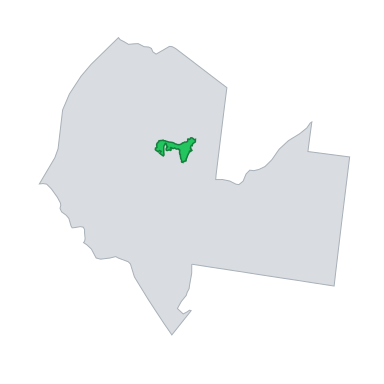 Uspantán, Quiché, Guatemala shown in context, rotated 97°
{"feature_id": "79465075B86057243605305", "entity_name": "Uspantán", "entity_type": "district", "adm_level": 2, "iso_a3": "GTM", "parent_name": "Guatemala", "parent_adm1": "Quiché", "projection": "orthographic", "projection_center": [-90.797, 15.482], "detail": "fine", "context": "in_parent", "style": "filled", "palette": "green", "viewbox_px": 384, "rotation_deg": 97, "n_neighbors": 0, "source": "geoboundaries", "source_scale": "gbopen_adm2", "svg_char_len": 6242}
<svg xmlns="http://www.w3.org/2000/svg" viewBox="0 0 384 384"><g transform="rotate(97 192 192)"><path d="M47.7,283.8L49.6,281.9L51.2,277.5L53.2,273.0L52.0,267.7L51.3,263.5L53.6,257.3L53.4,252.6L54.4,249.8L57.7,247.9L59.5,244.4L50.2,232.1L50.2,229.3L51.5,225.9L59.1,212.9L68.2,197.4L78.2,180.4L84.2,170.1L105.9,170.2L120.3,170.2L138.6,170.2L158.4,170.2L171.4,170.2L176.8,170.0L175.9,163.3L176.5,155.9L178.9,149.2L178.9,146.3L175.0,142.6L167.5,140.5L163.3,137.3L163.3,133.3L161.5,128.4L157.8,122.6L150.3,116.7L138.9,110.7L129.2,102.5L121.2,92.4L114.4,85.8L109.2,83.1L107.9,81.6L123.2,81.8L137.7,81.9L137.8,67.4L137.9,54.4L138.0,39.8L164.1,39.8L195.3,39.8L227.6,39.7L253.1,39.6L268.0,39.5L267.5,57.6L266.8,78.6L266.4,94.0L265.8,114.6L265.1,135.7L264.3,164.4L263.7,183.0L264.1,183.4L272.6,182.4L285.3,183.1L288.4,183.1L292.3,184.6L295.3,185.1L301.8,189.2L309.4,192.3L314.1,185.9L311.5,182.1L309.6,180.1L309.9,178.4L336.3,194.6L333.3,197.2L326.6,203.2L314.6,213.4L303.8,222.5L293.4,230.8L284.1,238.2L282.9,239.0L271.0,244.3L269.0,246.8L266.5,257.2L265.4,259.8L267.6,265.6L269.8,274.5L269.2,279.1L260.9,284.9L257.1,290.1L255.5,293.5L254.0,292.6L251.4,292.4L245.4,293.7L242.6,294.0L240.2,295.5L240.0,298.7L241.6,303.9L242.2,306.6L240.5,307.9L233.2,311.0L230.3,314.2L227.6,319.0L224.4,321.0L221.0,320.6L218.7,321.4L213.6,325.0L206.0,332.0L201.9,337.2L201.8,341.0L202.6,344.5L174.7,332.3L165.4,330.2L126.3,330.4L109.6,325.6L90.5,316.2L77.6,307.7L47.7,283.8Z" fill="#d9dde1" stroke="#a8b0b8" stroke-width="1"/><path d="M150.4,232.6L150.5,232.5L150.9,232.5L151.2,232.5L151.6,232.3L151.9,232.2L152.0,232.2L152.1,232.4L152.4,232.7L152.7,233.4L152.9,233.6L153.2,233.6L153.6,233.4L153.8,233.4L154.0,233.6L154.5,233.5L155.1,232.7L155.3,232.2L155.5,231.8L155.8,231.3L156.1,230.7L156.3,230.3L156.1,230.2L154.8,229.4L155.0,228.7L155.2,228.2L155.4,227.6L156.2,228.1L157.1,228.7L157.4,228.9L157.7,228.4L158.2,227.7L159.6,225.1L159.7,224.9L159.4,224.7L159.2,224.5L158.9,224.4L158.2,224.4L157.9,224.5L157.1,224.6L156.7,224.7L156.0,224.9L154.7,225.0L153.1,225.2L152.3,225.3L151.8,225.4L150.6,225.5L149.9,225.4L149.0,225.2L148.6,225.0L148.3,224.7L148.1,224.6L147.9,224.6L147.4,224.6L147.2,224.5L147.1,224.4L146.9,224.3L146.9,224.1L147.0,223.9L147.1,223.7L147.4,223.4L147.9,223.2L148.1,223.1L148.6,223.1L149.1,222.9L149.3,222.8L149.5,222.6L149.5,222.3L149.6,222.1L149.8,222.0L150.0,221.7L150.3,221.7L150.5,221.8L150.7,222.0L150.7,222.4L150.8,222.6L151.1,222.5L151.5,222.5L151.9,222.8L152.0,222.9L152.4,222.9L152.6,222.9L152.9,222.9L153.5,222.7L153.8,222.4L153.9,222.0L153.9,221.9L153.8,221.4L153.5,220.8L153.4,220.6L153.2,220.3L153.0,219.9L153.0,219.5L153.0,219.3L153.4,218.8L153.4,218.6L153.3,218.3L153.1,218.0L152.8,217.9L152.5,217.9L152.0,218.0L151.8,218.1L151.5,218.2L151.3,218.4L151.1,218.6L150.9,218.7L150.9,218.8L150.7,218.8L150.5,218.6L150.5,218.4L150.4,218.3L150.5,218.0L150.6,217.7L150.8,217.3L150.8,217.2L151.0,217.1L151.1,216.9L151.1,216.4L151.1,215.7L151.0,215.4L150.8,215.2L150.5,214.8L150.4,214.6L150.5,214.3L151.1,213.3L151.2,213.0L151.3,212.6L151.3,212.1L151.0,211.6L150.9,211.3L150.8,211.0L150.8,210.8L150.9,210.6L151.1,210.4L151.6,210.2L151.7,209.9L151.5,209.6L151.6,209.4L152.0,209.3L152.3,209.2L153.8,209.2L154.3,209.2L154.7,209.1L155.0,209.0L155.6,208.9L155.9,208.8L155.9,208.7L156.0,208.7L156.1,208.4L156.2,208.2L156.4,208.0L156.5,208.0L156.8,208.0L157.2,208.1L157.5,208.1L158.4,207.7L158.9,207.5L159.5,207.5L160.0,207.3L160.2,207.1L160.4,207.1L161.2,206.6L161.7,206.2L162.0,206.1L162.5,206.0L162.9,206.0L163.2,206.0L163.3,206.1L163.5,206.0L163.5,205.9L163.6,205.7L163.6,205.3L163.7,205.2L163.6,204.9L163.7,204.6L163.3,204.6L163.2,204.5L163.1,204.3L163.0,204.2L162.7,204.0L162.7,203.9L162.6,203.6L162.6,203.2L162.6,202.9L162.3,202.7L162.1,202.6L161.9,202.5L161.7,202.5L161.6,202.4L161.5,202.2L161.9,202.0L161.9,201.9L161.8,201.7L161.6,201.7L161.2,201.7L160.6,201.7L160.4,201.7L160.2,201.7L159.9,201.7L159.6,201.8L159.5,201.7L159.3,201.7L159.1,201.6L159.0,201.4L158.9,201.4L158.4,201.3L158.2,201.2L157.8,201.1L157.6,201.0L157.4,201.0L157.2,201.0L156.7,200.9L156.2,200.8L155.9,200.7L155.6,200.6L155.4,200.4L155.2,200.4L154.7,200.3L154.4,200.2L154.2,200.0L153.9,199.9L153.3,199.7L153.0,199.6L152.7,199.5L152.3,199.6L152.1,199.6L151.9,199.5L151.9,199.3L151.9,199.1L152.1,198.6L152.0,198.3L151.9,198.2L151.7,198.1L151.3,198.2L151.2,198.3L151.0,198.2L151.1,197.9L151.2,197.7L151.0,197.4L150.9,197.3L150.7,197.8L150.6,197.6L150.4,197.6L150.4,197.8L150.3,197.7L150.2,197.7L149.9,197.7L149.9,197.9L149.8,198.0L149.6,198.1L149.5,198.3L149.4,198.5L149.1,198.4L149.0,198.6L149.0,198.8L148.7,198.8L148.4,198.8L148.2,198.8L147.9,198.9L147.8,198.7L147.7,198.7L147.5,198.8L147.4,198.8L147.2,198.7L146.8,198.7L146.2,198.5L146.0,198.4L145.9,198.1L145.6,198.0L145.5,197.9L145.4,197.8L145.5,197.7L145.7,197.4L145.4,197.4L145.2,197.3L144.7,197.2L144.2,197.2L143.9,197.1L143.0,196.1L141.9,194.8L141.7,194.8L139.3,195.0L139.7,195.8L139.8,196.0L139.5,196.5L139.0,197.2L138.8,197.5L138.7,197.6L138.6,197.8L138.3,198.6L138.3,198.9L138.3,199.5L138.4,199.8L138.6,200.0L138.8,200.2L139.2,200.3L139.9,200.6L140.0,200.7L140.1,200.9L140.1,201.2L139.8,202.2L139.8,202.4L139.9,202.5L140.0,202.6L140.4,202.7L141.2,202.6L141.6,202.5L141.9,202.5L142.2,202.5L142.4,202.7L142.7,203.1L142.8,203.2L142.8,203.3L143.1,203.6L143.2,204.0L143.3,205.1L143.4,205.6L143.6,205.8L143.9,206.0L144.1,206.2L144.2,206.4L144.2,206.8L144.4,207.3L144.6,207.5L144.9,207.8L145.0,207.8L145.3,208.1L145.7,208.5L145.8,208.6L145.8,208.8L146.4,209.9L146.5,210.1L146.6,210.5L146.7,210.8L146.6,211.0L146.7,211.5L146.7,212.2L146.7,212.4L146.6,212.8L146.5,213.1L146.4,213.3L146.3,214.0L146.3,214.6L146.0,215.2L145.8,215.4L145.7,215.7L145.5,216.2L145.4,216.6L145.3,217.0L145.2,217.8L145.2,218.6L145.2,219.1L145.2,221.0L145.0,222.0L144.9,222.4L144.8,223.6L144.7,224.2L144.4,224.9L144.5,226.1L144.5,226.4L144.4,226.5L144.1,226.7L144.1,226.8L144.1,227.2L144.4,227.8L144.5,228.2L144.6,228.7L144.7,229.3L145.0,230.2L145.1,231.0L145.6,231.1L146.1,231.1L146.4,231.5L146.6,231.7L147.1,231.8L147.3,231.9L147.3,232.1L147.6,232.4L147.9,232.6L148.0,232.6L148.3,232.6L148.6,232.8L149.0,232.9L149.4,232.6L149.5,232.6L149.8,232.7L149.9,232.8L150.0,232.8L150.4,232.6Z" fill="#22c55e" stroke="#15803d" stroke-width="1.5"/></g></svg>